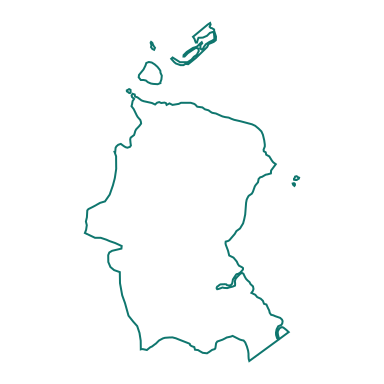 the district of Ngermid, Koror, Palau
{"feature_id": "81905179B43507284949030", "entity_name": "Ngermid", "entity_type": "district", "adm_level": 2, "iso_a3": "PLW", "parent_name": "Palau", "parent_adm1": "Koror", "projection": "albers", "projection_center": [134.502, 7.348], "detail": "fine", "context": "isolated", "style": "outline", "palette": "teal", "viewbox_px": 384, "rotation_deg": 0, "n_neighbors": 0, "source": "geoboundaries", "source_scale": "gbopen_adm2", "svg_char_len": 5322}
<svg xmlns="http://www.w3.org/2000/svg" viewBox="0 0 384 384"><path d="M140.8,349.3L141.1,349.2L142.7,349.1L146.9,350.0L150.2,347.3L152.0,346.5L154.6,344.5L155.9,343.6L159.0,340.5L162.9,338.4L164.9,337.8L169.0,337.5L172.5,337.4L175.9,338.3L178.6,339.4L188.1,343.1L189.7,343.8L190.2,345.2L191.6,346.1L192.4,346.4L194.3,347.1L195.0,349.7L198.1,350.1L199.7,351.1L202.7,352.8L207.0,353.3L209.1,352.0L212.1,349.9L214.7,349.1L215.4,348.1L216.1,343.2L217.3,341.5L222.5,339.7L225.1,338.4L226.7,337.5L230.8,336.6L232.6,335.9L239.7,339.5L241.6,340.1L243.6,340.5L245.2,342.4L246.9,346.5L248.1,350.7L248.5,353.7L248.5,356.1L248.7,358.9L249.3,361.0L278.7,339.5L277.1,338.2L276.1,335.0L276.0,332.6L276.6,329.4L278.2,326.3L281.4,324.9L282.3,323.3L282.6,321.1L282.0,319.6L280.2,317.9L275.3,316.2L273.3,315.3L271.1,314.8L269.7,312.8L269.2,310.5L267.9,307.9L266.4,304.5L264.0,303.8L262.9,300.8L260.7,298.7L257.2,297.1L255.3,294.8L251.4,292.9L252.8,291.0L253.5,289.0L253.0,286.4L250.5,284.1L249.5,282.1L247.5,280.4L246.0,278.8L244.8,276.7L243.4,273.7L241.9,272.9L240.2,273.9L237.3,276.8L236.1,278.2L235.5,279.1L234.9,281.2L235.1,283.1L235.1,284.7L235.0,285.6L232.7,286.6L229.4,287.4L227.3,288.1L224.0,287.9L222.5,287.5L220.2,288.4L218.3,289.0L217.2,289.2L216.7,288.6L216.7,287.6L217.2,286.6L218.2,286.0L219.6,284.8L220.8,284.3L222.5,284.3L224.8,284.2L226.4,284.4L227.0,285.2L228.3,285.4L230.1,285.4L231.0,284.9L232.1,283.7L232.5,281.9L232.9,279.5L234.5,277.0L236.2,274.5L237.1,274.0L237.9,274.0L238.7,273.5L239.9,272.9L241.8,270.9L242.0,270.7L242.3,270.4L242.7,269.8L243.0,269.2L243.0,268.1L242.4,267.5L240.8,266.6L239.0,265.7L237.8,263.9L236.8,261.6L233.5,257.6L229.2,255.5L228.0,250.6L225.8,244.8L225.5,243.2L225.7,241.6L228.0,241.0L229.4,240.2L234.8,233.9L236.4,231.1L240.0,228.5L243.1,223.4L244.2,219.3L245.2,214.5L246.1,202.7L246.7,199.6L247.7,197.5L248.7,195.8L251.8,193.7L252.9,191.8L254.8,186.4L255.7,185.0L258.0,182.3L258.6,179.0L260.2,177.3L262.1,176.8L264.3,175.5L265.7,174.7L267.8,174.3L270.9,173.4L271.1,170.5L275.8,164.2L273.2,162.3L271.8,160.5L269.3,156.4L266.2,154.7L265.7,152.3L263.8,151.3L263.6,149.6L264.8,146.5L264.8,144.5L264.2,140.2L262.9,134.7L261.4,131.4L258.7,128.7L255.2,125.8L252.0,124.3L240.3,121.2L234.1,119.8L231.4,118.8L228.7,117.6L225.2,117.1L222.4,116.4L215.9,113.5L212.2,112.8L210.8,112.0L208.5,110.3L204.9,109.3L202.4,107.4L197.2,106.7L195.4,104.7L194.0,103.8L190.7,102.8L181.0,102.8L178.7,103.9L172.5,104.9L169.5,103.4L166.6,104.9L165.9,103.1L164.5,102.6L161.2,103.0L159.2,102.1L157.1,102.7L155.1,104.5L151.9,103.0L143.7,101.2L141.5,100.4L137.4,97.3L135.1,96.6L134.7,94.5L132.6,93.8L131.6,95.5L132.0,97.0L134.1,98.9L132.6,101.1L132.0,104.5L131.5,106.2L133.7,109.1L136.7,115.3L137.7,117.0L140.3,120.0L140.9,121.9L141.1,123.6L139.3,126.0L136.1,129.4L135.2,131.2L134.7,133.1L134.1,135.0L132.3,136.4L130.7,137.6L130.2,139.3L130.5,142.8L130.9,145.5L129.9,146.9L127.4,147.7L125.6,147.2L123.8,146.1L120.8,143.9L118.2,144.8L116.4,146.4L115.6,147.8L115.2,152.2L114.6,152.1L116.1,156.3L116.1,160.1L116.2,168.9L115.0,177.0L114.7,178.6L112.9,185.4L109.7,194.6L105.0,201.4L100.0,202.9L94.7,205.9L92.4,207.1L88.4,209.1L87.3,210.4L86.9,217.3L85.9,221.5L86.8,225.2L86.1,229.9L84.9,233.0L95.0,237.8L100.7,237.8L106.4,239.7L109.6,241.1L115.1,243.0L121.7,246.0L121.4,248.6L112.1,250.8L109.3,252.5L108.2,255.2L108.3,262.0L110.4,267.0L114.1,270.1L119.8,272.1L120.0,283.2L121.3,290.4L122.2,295.3L125.0,303.1L128.5,315.7L133.2,321.6L137.2,326.1L139.5,333.0L140.7,340.7L140.8,348.3L140.8,349.3ZM157.4,66.8L154.7,64.4L151.7,62.5L148.8,62.0L146.3,63.0L145.5,65.5L143.5,69.5L141.1,72.4L139.0,75.0L138.7,77.4L140.8,80.0L143.5,80.0L145.9,80.5L147.4,81.8L147.9,82.2L150.9,83.5L153.2,83.9L157.7,84.2L160.4,83.1L160.3,82.5L161.4,79.4L161.8,75.7L160.5,72.8L160.3,70.7L159.0,68.8L157.4,66.8ZM210.1,23.0L207.7,24.6L193.0,36.8L193.6,37.6L194.6,39.1L195.1,40.8L195.8,42.5L197.0,42.5L197.7,39.9L198.5,37.8L202.9,37.6L207.0,35.8L209.9,32.9L212.6,32.0L213.4,32.0L214.0,33.9L214.3,36.7L214.4,39.2L212.3,40.6L209.5,41.9L205.8,44.3L203.9,46.9L203.1,48.6L201.5,49.5L200.4,48.6L200.4,45.3L202.2,43.3L201.7,42.2L199.7,43.9L198.1,45.6L196.6,46.8L193.0,47.9L186.8,51.9L183.6,55.1L183.5,56.5L184.6,56.5L187.8,53.2L192.4,50.1L195.8,47.9L198.3,48.5L198.8,51.0L196.8,54.8L193.9,56.8L191.5,59.6L188.5,61.6L187.5,62.2L180.0,62.2L172.6,57.5L171.2,58.8L174.2,62.1L175.9,63.5L180.4,65.1L183.5,65.1L185.5,63.9L188.2,64.2L196.1,57.8L207.2,47.0L207.9,45.5L208.6,44.0L211.4,42.9L213.7,41.9L215.8,40.2L216.0,36.6L214.2,31.0L214.1,30.5L214.1,29.5L212.3,28.4L212.0,28.2L210.6,27.9L209.6,26.8L210.6,24.5L210.1,23.0ZM288.7,332.1L286.2,329.8L283.4,327.6L281.9,327.1L279.6,328.2L277.9,331.0L277.7,332.7L278.0,335.0L278.7,337.5L279.4,339.0L279.9,338.6L288.7,332.1ZM151.4,45.5L151.0,47.1L152.4,49.0L154.1,49.8L155.0,47.8L154.0,46.5L153.0,44.7L152.3,42.8L151.1,41.9L150.7,42.5L150.7,43.0L151.4,45.2L151.4,45.5ZM294.0,178.7L294.0,179.7L295.4,180.0L296.7,180.0L296.9,179.9L297.3,179.5L298.8,178.7L299.1,177.7L298.0,177.3L297.3,176.6L296.4,176.2L295.1,176.6L294.7,177.9L294.0,178.7ZM127.5,90.0L126.8,90.4L126.9,91.4L128.1,92.1L128.8,92.8L129.9,93.1L130.6,92.4L130.6,91.0L130.5,89.8L129.1,89.1L128.5,89.5L127.5,90.0ZM292.7,183.5L292.9,184.2L293.3,185.0L294.4,185.9L295.0,185.0L294.9,183.9L294.4,183.3L293.6,183.2L292.7,183.5Z" fill="none" stroke="#0f766e" stroke-width="2"/></svg>